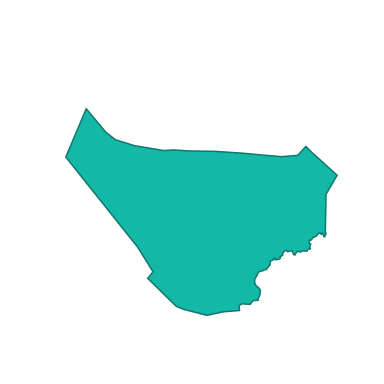 San Miguel Tilquiápam, Oaxaca, Mexico (Mercator projection), rotated 305°
{"feature_id": "50627088B17922622757176", "entity_name": "San Miguel Tilquiápam", "entity_type": "district", "adm_level": 2, "iso_a3": "MEX", "parent_name": "Mexico", "parent_adm1": "Oaxaca", "projection": "mercator", "projection_center": [-96.563, 16.786], "detail": "fine", "context": "isolated", "style": "filled", "palette": "teal", "viewbox_px": 384, "rotation_deg": 305, "n_neighbors": 0, "source": "geoboundaries", "source_scale": "gbopen_adm2", "svg_char_len": 2018}
<svg xmlns="http://www.w3.org/2000/svg" viewBox="0 0 384 384"><g transform="rotate(305 192 192)"><path d="M111.9,286.5L122.2,298.9L125.0,296.4L126.6,296.0L128.9,297.1L129.6,297.9L130.4,299.3L131.2,300.8L132.3,302.1L133.1,303.9L134.8,304.2L136.9,304.2L138.9,305.0L139.8,306.6L141.2,308.3L143.2,307.2L145.2,307.0L147.3,306.4L148.9,305.3L150.4,304.6L151.3,303.1L151.8,301.6L151.9,299.2L152.3,297.6L153.2,295.8L155.2,294.2L157.2,293.3L159.0,293.1L160.8,293.2L162.6,292.6L165.0,292.7L166.3,293.5L168.3,295.3L169.7,295.8L170.9,297.3L172.6,297.3L174.3,297.6L175.9,297.4L176.7,297.9L177.6,297.3L180.4,295.9L181.0,296.2L182.5,297.2L183.0,297.4L183.5,297.5L184.1,297.5L185.0,297.3L185.3,297.6L185.0,298.3L184.4,299.0L184.3,299.3L185.2,299.9L185.8,300.7L187.4,302.1L188.4,302.3L188.7,301.8L189.5,301.5L190.3,301.6L192.1,302.6L193.1,302.0L194.6,301.3L195.8,301.6L196.8,301.7L198.2,302.6L197.9,304.4L198.5,305.2L200.3,306.6L201.1,307.7L199.3,310.7L199.0,311.5L199.7,312.5L200.2,312.1L201.7,312.3L204.1,312.5L204.5,312.9L204.7,314.9L205.0,315.3L205.7,315.7L206.7,315.9L207.3,316.6L207.7,317.5L208.3,318.1L208.8,318.7L209.0,319.3L209.6,320.2L210.8,319.8L211.6,319.9L212.8,321.1L213.5,321.5L214.1,320.3L214.6,319.7L215.7,319.6L217.4,319.1L217.4,317.8L218.6,316.3L220.3,316.0L220.5,316.9L221.6,317.3L223.1,317.2L224.2,317.4L227.1,319.1L230.0,319.4L231.8,320.0L232.0,320.6L231.5,322.2L233.0,322.4L232.6,323.5L231.1,325.9L231.6,326.4L232.8,325.7L233.6,326.1L234.5,325.8L235.2,325.3L235.2,324.5L267.0,303.1L288.7,301.3L288.9,301.3L290.8,286.7L292.5,272.8L293.1,267.7L294.7,259.1L282.7,257.6L282.2,257.1L282.1,256.9L272.3,245.1L262.7,228.5L252.6,210.8L238.8,188.0L225.2,167.9L223.7,165.6L215.9,152.8L209.7,145.0L196.8,117.9L190.9,99.2L191.5,87.4L199.5,57.6L148.2,68.6L115.7,178.9L107.2,199.0L105.7,202.4L106.0,202.5L105.9,202.8L105.4,203.2L104.9,204.3L104.4,205.8L99.2,205.5L98.1,205.4L97.4,205.3L96.4,205.3L95.9,205.2L89.3,244.6L91.0,252.3L98.7,272.8L99.5,274.9L111.9,286.5Z" fill="#14b8a6" stroke="#0f766e" stroke-width="1.5"/></g></svg>